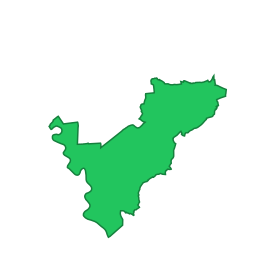 Sangeorgiu De Mures, Mures, Romania, rotated 311°
{"feature_id": "2599482B98895625146940", "entity_name": "Sangeorgiu De Mures", "entity_type": "district", "adm_level": 2, "iso_a3": "ROU", "parent_name": "Romania", "parent_adm1": "Mures", "projection": "albers", "projection_center": [24.638, 46.59], "detail": "fine", "context": "isolated", "style": "filled", "palette": "green", "viewbox_px": 256, "rotation_deg": 311, "n_neighbors": 0, "source": "geoboundaries", "source_scale": "gbopen_adm2", "svg_char_len": 5790}
<svg xmlns="http://www.w3.org/2000/svg" viewBox="0 0 256 256"><g transform="rotate(311 128 128)"><path d="M221.5,176.9L220.4,173.8L219.2,169.6L218.9,168.3L218.6,167.4L217.5,165.6L218.2,165.4L218.5,165.1L218.6,164.7L221.3,161.7L221.2,161.4L220.8,161.4L221.0,161.0L223.7,158.5L222.0,158.7L220.6,159.3L218.7,159.7L217.1,159.7L215.9,159.0L215.9,158.7L216.0,158.0L216.1,157.4L216.3,156.9L215.6,156.7L211.6,154.6L211.5,154.3L210.4,153.5L209.8,152.5L206.8,149.3L205.6,148.8L205.3,148.6L204.7,147.6L204.2,147.7L203.3,146.7L203.0,145.7L202.5,145.7L202.5,145.1L202.2,144.1L200.7,139.6L200.1,139.1L199.9,139.1L199.3,139.7L199.0,139.7L198.7,139.4L198.3,138.5L197.7,137.4L197.5,137.7L197.3,138.0L196.3,139.4L194.4,137.9L192.6,136.2L191.2,134.3L189.9,133.4L188.6,131.8L187.9,130.3L187.8,129.6L187.3,128.9L186.1,127.6L185.5,126.7L185.5,126.3L185.8,125.9L186.0,125.4L185.9,124.5L185.7,122.7L185.5,121.9L185.3,121.5L184.9,121.0L184.9,120.9L185.2,120.7L185.3,120.5L185.2,120.0L184.9,119.6L184.5,119.5L184.3,119.4L184.1,118.6L184.2,117.9L184.5,117.6L184.3,117.4L184.4,117.2L184.4,116.7L183.6,116.2L183.1,115.5L182.1,115.1L181.1,114.1L180.7,113.9L179.2,114.0L178.9,114.3L178.4,114.6L177.7,115.5L177.0,116.2L176.6,116.6L177.2,118.7L176.6,119.7L174.6,121.9L172.2,124.4L171.6,124.6L166.1,119.4L165.5,118.9L164.4,119.6L163.6,120.5L162.1,121.8L159.9,122.5L157.9,123.5L156.7,124.2L155.3,122.9L154.3,122.6L153.7,122.7L153.0,123.2L152.2,123.3L151.9,123.5L151.5,124.0L150.2,126.8L150.0,127.0L149.4,127.0L149.1,127.3L149.0,128.2L148.8,128.8L148.3,129.6L146.9,130.0L146.2,130.0L143.7,130.5L142.2,130.4L142.6,132.0L142.6,133.8L142.8,135.3L143.6,137.1L141.0,136.7L139.4,136.8L136.5,136.5L135.8,136.3L134.6,135.5L134.1,134.9L133.7,132.9L133.7,130.2L133.4,129.5L132.2,128.5L129.6,127.1L128.0,126.8L126.5,126.3L125.6,126.2L123.7,125.5L121.2,125.3L108.2,122.9L95.2,120.4L96.7,119.3L98.1,117.9L98.5,117.2L90.9,109.4L90.1,108.5L90.3,107.8L89.8,107.7L87.5,105.7L87.1,105.2L86.3,104.6L82.5,100.5L95.3,90.2L97.0,89.0L98.9,86.9L99.3,86.1L88.7,76.6L91.1,67.7L90.3,67.4L84.8,66.4L84.5,66.6L84.4,66.9L84.0,67.1L82.7,67.1L79.8,66.9L79.1,67.2L78.7,67.5L77.5,67.4L76.6,70.1L76.5,70.9L77.4,71.3L79.6,71.4L80.5,71.7L80.8,71.9L81.6,72.1L82.3,72.5L82.9,73.3L83.3,74.4L83.7,75.7L84.0,77.4L83.8,78.3L83.4,79.1L82.7,79.8L81.6,80.6L80.4,80.8L79.1,80.7L78.3,80.5L77.5,80.1L77.1,79.7L76.6,78.6L76.2,78.0L74.9,76.9L73.7,76.2L72.8,76.2L72.2,76.4L71.0,77.4L70.5,78.0L70.2,78.8L70.0,79.6L70.1,80.6L71.1,84.2L72.3,87.8L73.1,89.8L73.3,90.8L73.3,91.7L73.2,92.3L72.4,93.8L71.7,94.4L70.7,94.9L67.0,95.4L66.6,95.8L66.2,96.2L66.0,96.8L65.9,97.6L65.9,98.2L66.6,101.9L66.8,103.5L66.7,104.4L66.4,105.1L65.8,105.8L64.8,106.4L63.9,106.7L60.0,107.2L59.4,107.5L58.6,108.0L58.4,108.4L58.5,109.0L58.7,110.2L58.7,110.9L58.2,117.8L58.3,119.0L58.7,120.0L59.3,120.8L60.0,121.3L61.1,121.5L62.8,121.1L64.5,120.3L66.0,120.1L67.6,120.3L68.5,120.9L68.7,121.3L68.7,122.0L68.4,123.0L67.8,124.0L64.9,127.3L61.5,130.4L60.7,131.5L60.3,132.6L60.1,133.5L59.9,137.2L59.6,138.5L59.2,139.5L58.5,140.3L57.7,140.9L56.4,141.3L54.9,141.1L53.3,140.6L51.3,139.5L50.5,139.4L49.3,139.6L48.3,140.0L47.6,140.7L47.0,141.7L46.4,143.2L46.2,145.1L45.6,148.2L45.3,149.2L44.7,150.0L44.0,150.6L43.1,151.0L41.1,151.3L39.5,151.0L37.0,150.3L35.6,150.3L34.0,150.7L32.8,151.7L32.5,152.5L32.4,153.5L32.3,154.8L32.8,157.4L34.3,160.7L35.7,164.3L36.2,166.8L36.2,172.4L36.4,175.1L36.3,177.3L35.8,178.9L35.2,180.2L34.0,182.1L33.2,183.7L32.7,184.9L34.5,185.5L51.1,187.7L55.3,184.2L55.6,183.8L55.7,183.4L56.7,180.7L57.2,179.8L58.0,178.7L58.6,178.1L60.7,176.7L62.4,178.7L62.6,179.1L62.7,180.5L62.6,181.2L62.4,181.7L62.7,181.9L62.7,182.1L62.8,182.1L62.9,181.8L63.3,182.0L63.4,183.1L64.0,184.2L64.1,185.4L64.9,185.7L65.6,187.9L65.6,189.4L66.1,189.6L66.3,189.4L66.5,188.9L67.1,188.1L68.0,187.9L68.3,187.6L68.6,187.4L68.8,186.9L69.0,186.9L69.5,187.1L70.2,186.8L70.7,186.8L71.3,187.4L71.4,187.7L72.3,187.8L75.6,188.7L75.9,187.9L75.9,187.1L76.4,185.9L77.1,185.9L77.6,185.8L78.7,185.3L79.6,185.3L80.2,184.6L80.5,184.0L81.2,183.0L82.7,181.6L83.4,180.4L83.9,180.1L84.6,180.2L84.9,179.4L85.7,178.4L87.4,177.7L89.5,177.1L90.2,176.5L91.7,175.9L93.1,175.7L93.6,175.7L94.1,175.5L95.5,175.5L95.8,175.5L96.0,175.3L96.5,175.3L97.8,175.9L99.2,176.7L100.0,177.4L100.7,177.4L101.4,177.6L101.5,177.4L101.7,177.2L102.2,177.5L103.8,177.6L106.5,178.5L107.2,178.7L107.2,179.2L107.6,179.6L108.1,179.6L109.3,179.9L111.1,179.8L111.3,180.0L111.7,180.1L112.5,180.7L113.2,181.5L114.0,181.9L114.4,181.9L115.2,182.6L115.3,183.2L115.8,184.4L117.5,186.8L117.9,186.5L117.9,186.2L118.5,185.6L120.4,184.5L120.7,184.5L121.2,185.0L122.4,184.8L122.7,184.9L123.1,185.1L123.3,185.4L123.5,185.9L124.0,186.6L124.4,186.8L124.9,187.5L125.3,187.6L125.4,187.4L125.8,186.3L126.2,184.2L127.6,184.0L128.3,183.8L129.7,183.8L131.4,182.1L132.7,181.5L134.9,181.6L135.8,181.4L136.5,181.1L137.4,180.4L141.2,177.0L143.2,176.3L146.7,174.7L147.5,174.2L147.3,173.6L147.3,172.9L147.3,172.5L147.6,171.8L148.2,170.5L148.5,169.9L148.8,169.6L149.6,169.2L149.8,168.7L151.4,168.8L154.7,169.7L157.1,169.8L159.5,169.9L160.2,170.1L159.8,170.8L159.6,171.6L159.4,172.2L158.5,172.3L158.3,172.8L158.3,174.1L158.5,174.3L158.5,174.8L159.1,175.9L161.2,174.8L162.1,174.8L162.4,174.9L163.5,176.1L164.0,176.4L165.8,176.4L166.5,176.6L169.2,177.8L170.6,178.0L171.1,178.2L172.7,179.5L173.5,179.9L174.6,180.3L178.3,181.1L180.3,181.3L184.6,181.3L185.8,181.5L186.2,181.3L186.7,180.9L186.8,180.9L188.8,182.0L191.5,183.9L192.5,184.2L193.5,183.9L195.2,184.1L197.5,182.3L198.8,182.0L199.6,181.6L199.8,181.8L199.9,182.2L200.9,182.1L201.5,181.9L202.2,181.5L201.8,181.1L202.1,180.5L203.4,180.9L204.0,181.5L204.3,181.5L205.6,179.7L206.3,179.0L206.5,178.7L206.4,178.1L207.6,176.3L211.4,178.1L216.0,180.8L216.6,180.2L217.1,179.8L218.2,179.2L221.5,176.9Z" fill="#22c55e" stroke="#15803d" stroke-width="1.5"/></g></svg>